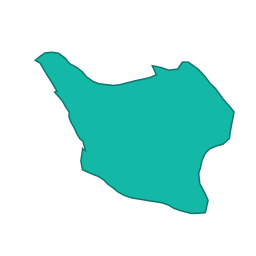 Ogbia, Bayelsa, Nigeria (orthographic projection), rotated 279°
{"feature_id": "59680162B61116944198945", "entity_name": "Ogbia", "entity_type": "district", "adm_level": 2, "iso_a3": "NGA", "parent_name": "Nigeria", "parent_adm1": "Bayelsa", "projection": "orthographic", "projection_center": [6.331, 4.801], "detail": "fine", "context": "isolated", "style": "filled", "palette": "teal", "viewbox_px": 256, "rotation_deg": 279, "n_neighbors": 0, "source": "geoboundaries", "source_scale": "gbopen_adm2", "svg_char_len": 1403}
<svg xmlns="http://www.w3.org/2000/svg" viewBox="0 0 256 256"><g transform="rotate(279 128 128)"><path d="M56.5,217.6L69.2,218.4L71.0,217.2L74.7,214.8L84.3,207.6L94.2,204.9L96.4,205.2L100.6,205.8L107.8,206.2L108.2,206.3L114.8,208.2L116.3,209.2L116.6,209.4L120.1,211.9L123.6,217.4L123.9,217.8L126.9,224.4L133.5,229.8L140.2,229.6L148.2,229.8L158.3,230.2L160.5,230.2L164.5,225.8L171.6,217.3L180.6,208.3L184.8,202.3L185.7,201.4L190.3,196.6L196.7,188.6L202.5,177.4L201.8,172.6L201.6,171.4L194.0,167.9L191.5,159.3L193.0,150.5L193.3,142.2L187.6,146.0L185.0,147.7L181.0,141.3L179.2,136.6L175.8,127.8L175.4,126.8L173.1,121.5L169.8,113.8L169.4,113.0L167.7,106.7L167.6,104.1L167.4,99.3L167.2,92.0L168.6,86.0L170.6,81.9L171.9,79.2L176.4,74.0L179.8,68.0L182.5,60.2L187.3,54.8L191.0,47.5L191.0,45.5L190.9,40.9L189.2,34.3L185.4,30.3L180.3,25.8L178.4,31.0L169.3,38.4L161.9,44.9L159.9,46.6L153.1,52.1L152.0,49.9L144.9,58.5L143.3,59.9L139.4,62.9L134.2,67.6L130.1,67.8L125.1,70.5L120.1,74.6L114.6,78.2L113.4,79.1L109.6,82.4L108.0,85.6L99.0,89.5L99.9,87.3L100.6,86.3L98.0,86.5L97.9,86.5L88.2,86.6L79.6,89.6L77.1,99.0L75.4,106.6L73.8,110.2L73.0,112.1L69.3,117.0L66.9,122.0L63.4,127.9L61.2,133.7L60.1,138.9L59.5,144.1L59.5,145.8L59.5,154.4L59.5,155.6L59.4,159.6L59.5,168.0L59.4,173.6L58.3,179.6L58.3,179.8L55.8,186.1L54.7,191.9L53.5,203.6L54.4,209.2L56.5,217.6Z" fill="#14b8a6" stroke="#0f766e" stroke-width="1.5"/></g></svg>